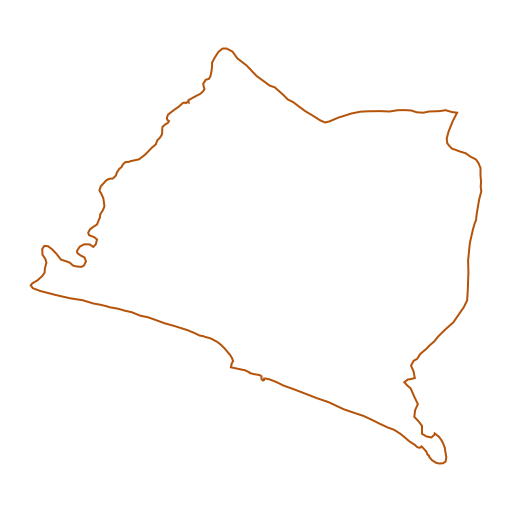 the district of Garraway, Grand Kru, Liberia
{"feature_id": "62588387B63754413826366", "entity_name": "Garraway", "entity_type": "district", "adm_level": 2, "iso_a3": "LBR", "parent_name": "Liberia", "parent_adm1": "Grand Kru", "projection": "natural_earth1", "projection_center": [-7.918, 4.551], "detail": "fine", "context": "isolated", "style": "outline", "palette": "amber", "viewbox_px": 512, "rotation_deg": 0, "n_neighbors": 0, "source": "geoboundaries", "source_scale": "gbopen_adm2", "svg_char_len": 3772}
<svg xmlns="http://www.w3.org/2000/svg" viewBox="0 0 512 512"><path d="M211.5,71.4L210.4,76.3L208.9,78.9L205.8,79.7L203.2,83.8L203.8,87.2L204.5,89.1L203.0,91.4L200.4,93.8L196.2,95.9L188.4,100.2L188.7,102.6L187.1,102.1L185.7,103.2L184.6,102.6L183.0,102.9L178.5,106.9L174.2,109.8L170.0,113.1L168.0,114.7L166.8,118.1L167.4,119.9L169.0,121.1L167.9,122.9L165.1,124.5L162.5,126.9L162.2,129.0L162.2,132.4L161.9,134.5L160.0,137.6L157.4,140.2L155.8,144.4L151.8,147.7L149.5,150.1L145.7,154.1L142.1,157.0L138.9,159.4L133.2,160.6L130.7,161.1L128.7,161.9L125.4,162.1L123.3,164.0L121.4,167.1L119.1,169.1L116.9,172.4L115.9,175.6L112.9,178.5L109.4,178.8L106.4,180.2L103.3,183.6L100.9,186.1L99.4,190.3L101.5,194.2L103.3,198.2L103.9,202.1L104.4,206.4L103.0,210.0L100.2,214.4L99.9,217.6L99.1,219.2L97.0,224.5L93.4,226.8L89.9,229.4L88.2,232.7L89.0,235.1L94.3,237.2L97.0,239.5L95.8,244.3L93.4,246.9L89.6,244.4L84.2,244.3L79.8,246.6L77.0,250.8L77.3,253.0L80.5,255.4L84.4,257.4L86.0,261.4L84.0,265.4L81.5,266.9L76.2,266.4L73.1,265.6L69.7,262.6L65.3,261.0L60.9,259.6L56.6,254.0L52.0,249.2L48.0,246.2L44.3,245.9L42.2,249.0L42.5,254.7L45.5,259.3L46.4,262.7L44.9,268.3L44.6,272.6L42.3,276.0L37.3,280.5L32.5,283.2L30.7,285.3L32.8,288.2L40.3,291.0L55.3,294.9L69.6,298.2L82.5,300.2L93.4,303.5L100.6,304.8L106.0,306.1L110.3,307.4L114.1,308.0L115.0,308.2L118.8,308.9L124.4,310.6L131.7,312.2L140.3,315.7L147.8,317.2L155.7,320.0L164.6,323.3L174.0,325.9L187.9,330.3L188.8,330.6L190.6,331.5L192.2,332.0L196.9,334.2L199.5,335.5L201.2,335.8L203.4,336.2L205.3,337.0L207.8,337.6L209.5,338.0L212.3,339.2L215.1,340.8L217.1,341.8L220.8,344.7L224.3,348.1L227.2,351.5L230.1,355.0L232.0,358.1L232.6,359.7L233.1,361.1L231.7,363.5L230.9,367.3L237.9,368.8L245.1,370.3L249.5,372.4L249.7,373.1L250.8,373.3L253.6,374.1L257.1,374.6L260.2,375.3L261.5,376.3L261.4,378.2L261.7,379.5L263.1,380.5L264.0,380.1L264.1,378.6L265.8,378.6L269.2,379.3L275.6,381.7L280.8,384.2L282.4,385.1L284.7,386.0L293.1,389.0L302.0,392.4L316.7,398.1L328.9,402.3L343.8,409.3L353.7,412.7L363.4,415.9L371.0,419.4L379.4,423.6L387.8,427.5L393.9,429.7L400.5,433.9L403.8,436.6L409.3,441.3L415.0,445.0L417.3,447.2L419.7,447.8L420.4,447.5L421.6,446.4L424.3,449.3L425.6,450.8L426.3,451.5L427.6,454.8L428.8,455.3L429.2,456.9L430.8,458.8L432.0,460.2L436.1,462.8L439.0,463.5L442.9,463.3L445.5,461.7L445.8,460.8L446.3,457.2L445.6,452.9L445.3,451.6L444.8,447.7L443.0,443.1L441.5,440.3L438.9,436.7L434.7,433.4L434.3,434.9L431.3,437.5L426.3,436.4L422.0,433.8L422.0,425.9L418.6,421.4L414.3,416.8L415.1,410.3L415.9,408.4L417.9,404.2L417.0,402.4L414.0,396.1L410.6,388.3L407.5,385.7L404.3,382.2L408.1,379.3L409.2,379.4L414.8,378.1L413.6,371.6L413.1,370.3L411.0,365.7L413.6,360.8L417.1,358.9L420.3,353.9L424.7,350.2L426.3,348.9L429.7,345.3L434.2,341.5L438.0,336.7L438.5,336.2L444.5,330.2L453.3,322.4L458.7,314.6L463.8,307.2L466.5,301.7L467.1,300.6L467.8,289.7L468.2,277.7L468.4,272.9L468.1,260.5L469.3,248.4L469.9,242.8L472.9,229.6L474.1,225.4L474.7,223.3L476.0,220.2L476.8,213.3L479.1,199.8L481.3,191.2L480.7,186.8L481.1,180.7L480.8,179.2L480.5,174.9L480.5,167.8L480.0,166.8L478.4,162.9L476.0,159.5L470.6,156.7L465.8,153.3L462.9,152.4L460.3,151.6L451.8,148.5L449.3,145.9L447.3,143.3L446.7,138.5L448.6,131.5L452.9,120.8L457.1,112.7L452.2,112.1L445.5,110.2L439.7,111.1L429.0,111.5L423.4,112.7L416.9,112.3L411.3,110.5L405.2,110.1L397.8,110.2L389.7,111.5L380.2,111.1L367.7,111.3L360.3,111.7L351.4,113.5L341.3,116.7L338.1,117.7L329.5,121.4L326.5,122.1L325.1,122.5L320.1,120.3L312.9,115.7L305.3,111.2L298.0,105.8L293.3,102.2L287.7,99.4L283.3,94.9L282.4,94.1L274.7,87.3L269.7,85.6L264.6,81.8L256.7,76.1L246.4,65.3L240.1,60.5L237.3,58.3L232.5,51.6L226.5,48.5L222.6,48.5L218.4,51.9L214.7,57.7L212.0,62.8L212.1,66.0L211.5,71.4Z" fill="none" stroke="#b45309" stroke-width="2"/></svg>